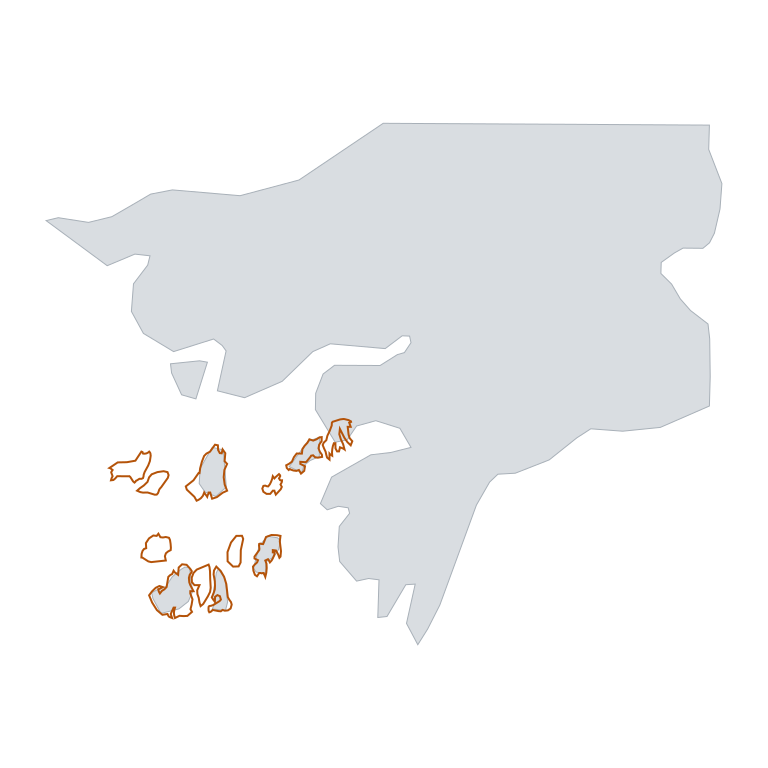 Bolama on a map of Guinea-Bissau (Equal Earth projection)
{"feature_id": "GNB-770", "entity_name": "Bolama", "entity_type": "Region", "adm_level": 1, "iso_a3": "GNB", "parent_name": "Guinea-Bissau", "parent_adm1": "", "projection": "equal_earth", "projection_center": [-15.897, 11.361], "detail": "fine", "context": "in_parent", "style": "outline", "palette": "amber", "viewbox_px": 768, "rotation_deg": 0, "n_neighbors": 0, "source": "natural_earth", "source_scale": "10m", "svg_char_len": 7174}
<svg xmlns="http://www.w3.org/2000/svg" viewBox="0 0 768 768"><path d="M46.1,220.6L58.3,217.7L88.5,222.4L111.8,216.7L128.3,207.2L150.7,194.1L172.4,189.9L240.1,195.7L299.0,180.0L342.8,150.5L383.2,123.3L435.6,123.6L491.7,123.9L571.5,124.3L634.7,124.7L709.4,125.1L708.7,149.4L721.9,183.6L720.0,209.0L714.4,233.2L709.5,242.8L702.9,248.3L683.0,248.1L674.5,252.9L661.2,262.4L660.9,273.5L671.6,284.1L680.3,298.9L690.5,310.5L708.0,324.0L709.7,338.9L710.2,376.6L709.4,406.0L660.3,427.4L622.7,431.2L590.8,428.8L576.9,437.8L549.2,459.9L515.3,473.2L497.9,474.2L489.6,482.1L476.4,505.1L439.8,605.1L427.6,629.1L417.8,644.7L406.5,623.4L415.2,584.1L405.8,584.7L387.0,616.5L377.8,617.5L379.0,579.8L368.6,578.5L356.6,581.1L339.7,561.5L338.0,546.9L339.3,526.4L349.6,513.3L348.2,507.8L338.3,506.3L327.2,509.8L320.4,503.6L331.6,477.1L370.9,454.8L390.7,452.5L411.0,447.4L399.9,428.3L375.8,420.7L356.6,426.0L347.1,439.9L335.2,442.2L315.4,409.6L315.7,393.3L323.1,374.0L334.5,365.3L380.1,365.5L397.4,354.6L404.4,352.6L411.0,342.7L409.6,336.1L402.2,335.8L385.2,348.6L330.3,343.8L312.8,351.6L282.2,381.3L244.6,397.7L217.4,390.8L226.1,350.9L222.2,345.5L213.6,339.0L173.6,351.6L143.4,333.4L131.4,311.4L133.5,283.8L147.7,265.1L150.0,255.8L134.9,254.1L107.2,265.7L46.1,220.6ZM178.9,608.9L161.0,613.4L152.9,598.5L151.7,592.7L161.0,587.7L165.2,587.5L172.3,576.7L181.0,569.4L184.9,567.1L189.4,567.6L192.6,591.5L188.3,601.5L178.9,608.9ZM226.3,487.0L215.8,496.4L205.0,492.0L199.2,483.6L200.1,468.5L212.3,447.3L223.3,450.0L226.3,487.0ZM207.4,362.2L195.9,398.9L181.6,394.8L171.6,373.0L170.5,363.8L199.6,360.8L207.4,362.2ZM265.7,562.1L265.7,574.4L256.2,572.0L253.5,568.4L259.1,546.1L267.4,536.2L277.5,537.8L280.6,540.8L278.6,549.4L274.1,556.4L265.7,562.1ZM303.9,465.6L301.8,472.6L289.2,466.7L307.7,441.5L319.7,437.1L319.3,456.5L310.0,460.6L303.9,465.6ZM227.6,602.0L225.5,610.3L212.4,609.0L215.4,600.6L212.5,598.1L216.3,572.8L218.3,568.9L224.7,578.3L225.5,582.2L227.6,602.0Z" fill="#d9dde1" stroke="#a8b0b8" stroke-width="1"/><path d="M193.5,591.2L190.3,591.2L190.3,593.5L192.5,599.3L191.6,604.7L190.5,609.2L192.0,611.9L187.4,615.9L183.5,616.1L179.5,615.8L175.0,618.0L174.2,615.4L173.9,613.0L174.2,610.5L175.0,607.6L173.6,607.6L170.7,614.0L172.1,618.0L169.3,616.9L168.5,616.1L167.5,614.0L162.4,614.8L156.9,610.1L152.1,602.5L149.1,595.3L152.0,591.4L155.7,587.8L159.4,586.0L162.8,587.1L159.7,588.8L158.3,589.2L158.5,590.5L158.8,591.4L159.2,592.3L159.9,593.5L161.9,590.9L164.4,589.3L166.6,587.0L168.3,576.9L170.2,575.1L172.2,574.0L173.6,570.7L174.7,572.3L178.1,574.8L178.7,567.5L182.1,564.3L186.6,564.8L190.3,568.9L191.8,571.2L191.1,572.9L189.7,574.8L188.9,577.9L189.3,582.4L190.3,585.1L193.5,591.2ZM199.5,473.1L200.2,468.1L201.9,461.7L204.1,456.0L206.4,453.6L210.0,451.7L215.0,444.7L217.9,445.3L218.1,450.0L219.8,453.1L221.7,453.3L222.6,449.4L225.3,453.2L224.6,461.2L227.1,463.9L224.4,469.9L223.7,477.2L224.7,484.6L227.1,490.7L222.7,492.7L216.9,497.1L212.1,498.7L210.2,492.5L208.6,492.5L208.3,494.0L207.6,495.4L207.2,496.8L206.5,495.7L204.9,493.7L204.2,492.5L202.9,495.8L200.9,498.2L198.6,499.8L196.6,500.7L194.4,496.8L186.8,489.6L185.8,486.4L193.5,480.3L198.6,473.0L199.5,473.1ZM143.0,478.1L141.6,478.8L139.4,478.8L137.1,480.3L136.1,480.7L135.3,481.9L134.5,482.6L133.1,481.4L130.3,477.0L129.4,476.2L128.9,476.3L117.2,476.2L115.2,478.5L113.4,480.0L111.0,480.3L111.6,478.2L112.6,476.2L111.2,472.4L111.5,471.6L112.6,470.0L110.4,468.3L109.4,468.0L117.7,462.4L126.9,462.2L135.4,460.7L141.4,451.6L142.4,452.0L142.6,452.2L142.6,452.6L143.1,453.6L144.7,453.7L146.4,453.4L147.9,452.7L149.2,451.6L150.0,452.5L150.4,453.4L150.7,455.7L149.9,461.1L148.2,465.5L144.6,472.1L143.7,474.7L143.5,476.5L143.0,478.1ZM280.5,535.9L279.8,541.3L281.0,551.2L280.5,556.6L279.4,557.8L278.1,554.4L276.0,550.5L272.8,550.1L272.8,552.3L274.5,552.3L274.5,554.4L272.8,558.4L271.6,560.5L269.9,562.4L268.6,560.0L268.0,559.2L265.3,560.5L266.5,563.7L266.7,568.0L266.3,572.7L265.3,576.9L264.8,575.6L264.1,574.2L263.7,573.0L262.3,573.1L261.8,573.3L261.4,573.3L260.6,573.0L259.2,573.0L257.0,576.3L254.9,574.8L253.4,570.7L253.0,566.6L254.6,564.7L257.1,562.4L258.0,560.2L254.5,558.5L254.5,556.6L259.2,550.1L259.4,548.8L259.0,545.2L259.2,543.9L260.3,543.6L261.8,544.0L263.1,544.1L263.6,543.0L266.0,537.0L271.4,535.0L277.1,535.2L280.5,535.9ZM351.1,421.9L349.2,422.7L350.7,426.8L347.7,426.8L348.6,434.7L349.6,438.1L352.3,441.2L350.7,445.3L347.4,442.1L344.4,437.8L339.9,428.9L339.3,434.2L340.8,439.2L343.1,444.1L344.5,449.4L343.5,448.7L340.0,447.3L339.0,451.4L337.1,451.4L335.5,448.4L335.4,443.2L333.9,443.2L332.9,446.0L332.3,449.0L332.0,452.3L332.2,455.7L330.2,454.4L329.5,453.6L329.5,459.6L327.1,457.6L326.3,454.9L325.6,451.7L324.0,448.3L322.7,445.0L323.7,442.7L326.3,440.2L327.4,435.7L329.6,431.1L331.7,425.6L331.9,422.7L332.0,422.6L332.6,421.8L340.2,419.4L343.3,419.0L344.5,419.1L348.6,420.1L351.0,421.4L351.1,421.9ZM165.8,560.5L151.2,562.1L148.3,561.4L142.4,557.6L141.4,557.5L141.6,553.9L142.5,551.0L144.0,549.0L146.2,548.2L145.9,543.1L149.0,538.4L153.3,535.5L156.7,535.9L158.4,533.7L160.4,537.2L162.9,537.5L165.8,537.0L169.0,537.8L170.0,540.0L170.6,543.9L170.9,547.8L170.7,550.1L168.0,551.5L165.9,553.3L164.9,556.2L165.8,560.5ZM216.3,566.6L220.7,571.0L224.1,576.8L226.3,584.0L227.8,597.1L229.4,599.9L231.0,602.1L231.7,604.6L230.6,608.5L227.9,610.4L224.8,610.7L222.6,609.9L220.8,611.3L218.5,611.1L212.6,609.9L212.1,610.6L210.7,611.8L209.3,612.3L208.6,610.9L208.5,608.4L208.6,606.9L209.3,606.0L211.0,605.8L213.3,605.0L219.6,601.1L220.9,599.6L219.9,596.2L217.4,595.1L215.1,596.8L214.8,601.7L213.2,599.6L211.8,597.4L213.7,592.9L214.8,589.4L215.0,585.8L214.8,581.2L213.6,574.4L214.0,570.5L216.3,566.6ZM321.7,437.1L321.6,441.2L319.2,444.6L318.5,448.3L319.8,451.7L321.9,454.7L322.1,456.9L317.8,457.7L315.0,457.2L313.1,455.3L311.1,455.7L310.7,456.5L306.4,461.8L305.3,462.2L300.3,461.8L300.3,463.9L305.0,466.2L304.2,470.9L301.0,473.6L298.9,470.0L296.4,470.9L293.4,470.5L290.8,469.6L289.8,469.0L288.7,470.0L286.8,468.0L286.2,465.3L288.9,463.9L291.9,461.7L293.9,457.2L296.7,453.5L301.9,453.6L302.4,449.1L304.6,445.8L307.4,442.8L309.4,439.3L313.2,440.6L316.5,439.3L319.4,437.4L321.7,437.1ZM210.2,578.9L210.7,587.8L210.1,591.9L207.9,596.3L203.2,604.0L200.6,606.1L199.5,602.6L198.7,597.8L197.4,594.1L197.2,590.3L199.5,585.1L194.4,585.1L191.9,582.1L191.7,577.7L193.5,573.0L196.7,569.6L208.6,564.6L209.5,567.1L210.0,571.1L210.2,578.9ZM147.6,492.5L142.9,492.6L140.3,492.1L137.1,490.7L139.8,488.3L143.8,485.5L147.5,481.9L149.1,477.3L151.7,474.3L157.4,472.1L163.6,471.2L167.5,472.1L168.6,475.1L167.8,477.9L161.2,487.2L159.9,488.6L159.1,489.9L158.6,491.6L157.9,493.3L156.7,494.6L154.8,494.7L147.6,492.5ZM236.3,535.9L242.0,535.8L243.2,538.9L240.8,550.1L240.6,562.5L238.6,566.4L233.1,566.6L227.6,561.3L227.5,552.1L231.0,542.5L236.3,535.9ZM279.0,478.4L279.5,479.1L279.9,479.9L280.6,480.4L282.0,480.3L281.9,481.7L281.6,482.6L280.5,484.5L281.8,486.9L280.7,489.3L275.8,494.6L274.7,491.8L274.4,490.7L272.8,490.7L270.2,493.9L266.6,493.9L263.4,491.8L262.3,488.6L263.4,485.9L265.2,485.6L267.0,486.3L268.2,486.4L269.9,484.2L271.1,481.7L272.1,479.1L272.8,476.2L274.4,478.4L275.6,477.1L279.0,474.1L280.1,475.3L280.2,476.2L279.0,478.4Z" fill="none" stroke="#b45309" stroke-width="2"/></svg>